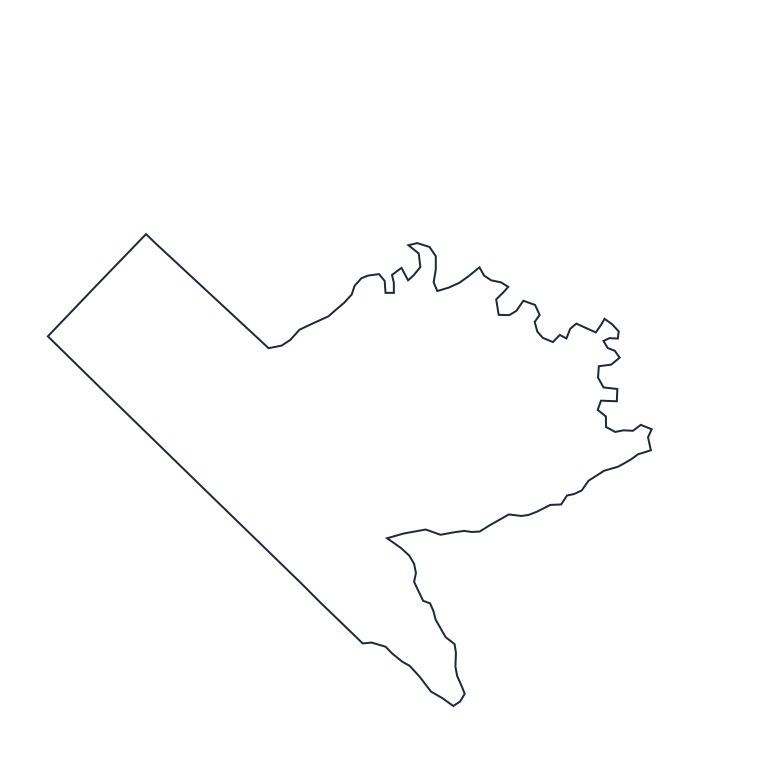 outline of Bela Vista do Paraíso, Paraná, Brazil, rotated 134°
{"feature_id": "56859067B35411296516238", "entity_name": "Bela Vista do Paraíso", "entity_type": "district", "adm_level": 2, "iso_a3": "BRA", "parent_name": "Brazil", "parent_adm1": "Paraná", "projection": "mercator", "projection_center": [-51.271, -23.009], "detail": "fine", "context": "isolated", "style": "outline", "palette": "slate", "viewbox_px": 768, "rotation_deg": 134, "n_neighbors": 0, "source": "geoboundaries", "source_scale": "gbopen_adm2", "svg_char_len": 1906}
<svg xmlns="http://www.w3.org/2000/svg" viewBox="0 0 768 768"><g transform="rotate(134 384 384)"><path d="M246.3,146.0L238.9,157.1L230.6,160.0L235.0,170.9L244.7,172.4L251.0,179.6L257.9,184.4L260.7,194.5L253.2,201.8L254.2,212.3L245.2,216.3L234.7,204.5L225.5,212.7L234.0,223.7L230.7,234.5L222.0,241.8L212.2,234.0L201.3,232.8L199.8,241.1L202.7,248.1L200.6,256.0L194.4,253.7L188.9,247.4L183.1,251.7L182.6,261.7L183.9,270.6L191.8,268.7L199.8,267.5L207.0,287.6L215.0,288.4L224.5,284.4L226.6,291.6L236.5,291.6L240.5,301.8L239.8,310.1L234.7,318.7L226.2,320.0L222.2,330.2L227.3,341.6L239.4,339.6L247.4,341.7L254.6,349.5L245.2,362.1L235.4,361.8L227.8,362.1L229.6,370.4L235.0,379.0L236.5,387.3L233.8,396.4L248.0,398.1L258.9,400.1L269.5,404.3L280.1,410.2L276.4,418.9L265.5,426.4L256.1,435.5L253.8,446.5L259.6,458.0L267.2,462.8L266.0,449.7L274.6,439.1L285.1,438.2L292.7,438.7L288.3,452.1L300.0,454.0L304.3,447.3L311.6,440.2L317.4,446.2L309.4,455.1L308.4,463.9L317.0,470.7L323.5,473.7L333.7,473.4L342.1,469.4L353.4,469.1L364.3,470.2L374.0,471.0L387.9,476.5L395.1,479.3L403.7,482.5L417.2,482.0L427.5,484.3L438.4,491.9L441.5,645.5L441.5,659.3L510.8,659.3L583.2,658.9L583.8,587.0L584.5,433.6L584.9,305.4L585.4,279.3L585.4,219.1L578.7,213.4L571.9,200.4L572.2,191.0L571.1,178.1L568.9,169.7L569.8,155.1L572.6,136.6L569.4,123.6L567.5,110.5L559.5,108.7L550.8,110.7L547.6,117.7L543.2,128.6L537.7,136.3L527.5,145.4L522.1,152.5L523.3,163.8L520.3,174.1L517.5,183.5L513.1,190.5L509.8,198.5L512.8,205.3L505.4,224.9L497.8,229.7L492.4,237.5L489.9,246.6L490.2,258.0L492.8,274.6L477.9,266.0L459.7,252.9L453.2,238.6L441.2,230.0L433.9,224.2L429.6,218.2L423.7,212.7L411.4,209.6L402.0,206.8L391.1,203.6L383.5,193.5L377.7,189.0L369.4,185.2L355.5,180.4L347.6,172.9L337.1,174.9L331.2,170.9L323.2,167.8L311.5,169.7L293.5,165.4L281.1,158.3L273.9,156.0L265.5,153.7L258.2,152.5L246.3,146.0Z" fill="none" stroke="#1e293b" stroke-width="2"/></g></svg>